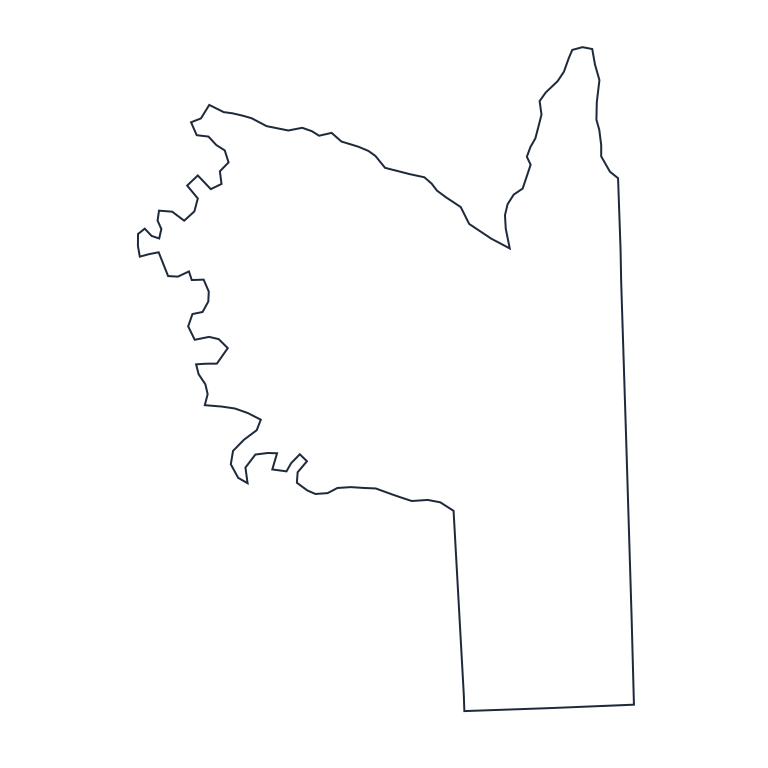 Bela Vista do Paraíso, Paraná, Brazil (Mercator projection), rotated 358°
{"feature_id": "56859067B35411296516238", "entity_name": "Bela Vista do Paraíso", "entity_type": "district", "adm_level": 2, "iso_a3": "BRA", "parent_name": "Brazil", "parent_adm1": "Paraná", "projection": "mercator", "projection_center": [-51.271, -23.009], "detail": "fine", "context": "isolated", "style": "outline", "palette": "slate", "viewbox_px": 768, "rotation_deg": 358, "n_neighbors": 0, "source": "geoboundaries", "source_scale": "gbopen_adm2", "svg_char_len": 1895}
<svg xmlns="http://www.w3.org/2000/svg" viewBox="0 0 768 768"><g transform="rotate(358 384 384)"><path d="M219.1,99.0L210.3,112.2L200.3,115.7L205.5,128.8L217.2,130.6L224.7,139.3L233.0,145.0L236.4,157.1L227.4,165.7L228.6,178.4L217.7,183.2L205.2,169.1L194.2,178.8L204.4,192.1L200.5,204.9L190.0,213.8L178.3,204.4L165.2,202.9L163.4,212.8L166.9,221.3L164.4,230.7L156.9,227.9L150.3,220.4L143.4,225.5L142.9,237.5L144.4,248.2L153.9,246.0L163.4,244.5L172.0,268.6L181.7,269.5L193.0,264.7L195.5,273.4L207.4,273.4L212.1,285.5L211.3,295.4L205.2,305.7L195.0,307.4L190.3,319.6L196.4,333.2L210.8,330.8L220.4,333.4L229.1,342.7L217.7,357.8L206.0,357.5L196.9,357.8L199.1,367.8L205.5,378.1L207.4,388.0L204.2,398.9L221.1,400.9L234.2,403.3L246.9,408.3L259.6,415.4L255.2,425.7L242.1,434.8L230.8,445.6L228.1,458.9L235.0,472.7L244.2,478.4L242.6,462.7L253.0,450.0L265.5,448.9L274.7,449.5L269.4,465.5L283.5,467.9L288.5,459.8L297.4,451.3L304.3,458.5L294.6,469.2L293.5,479.7L303.8,487.8L311.6,491.5L323.8,491.1L333.8,486.3L347.3,485.9L360.4,487.2L372.1,488.1L388.7,494.8L397.3,498.1L407.6,501.9L423.7,501.4L436.1,504.2L449.1,513.2L452.9,697.1L452.9,713.7L535.9,713.7L622.6,713.2L623.3,627.1L624.1,443.4L624.6,289.9L625.1,258.6L625.1,186.5L617.2,179.7L609.0,164.1L609.4,152.9L608.0,137.4L605.5,127.3L606.5,109.8L609.9,87.8L606.0,72.1L603.8,56.5L594.1,54.3L583.8,56.7L579.9,65.1L574.7,78.2L568.1,87.4L555.9,98.2L549.4,106.7L550.8,120.3L547.2,132.6L543.8,143.9L538.6,152.3L534.7,161.9L538.2,170.0L529.4,193.5L520.3,199.2L513.8,208.6L510.8,219.5L511.1,233.1L514.4,252.9L496.4,242.6L474.7,227.0L466.9,209.9L452.5,199.6L443.7,192.6L438.6,185.4L431.5,178.8L416.8,175.1L405.6,171.8L392.6,168.0L383.4,155.8L376.5,150.5L366.5,145.9L349.9,140.2L340.4,131.2L327.8,133.6L320.7,128.8L311.2,125.1L297.2,127.3L275.7,122.2L260.8,113.7L252.1,110.9L242.1,108.2L233.3,106.7L219.1,99.0Z" fill="none" stroke="#1e293b" stroke-width="2"/></g></svg>